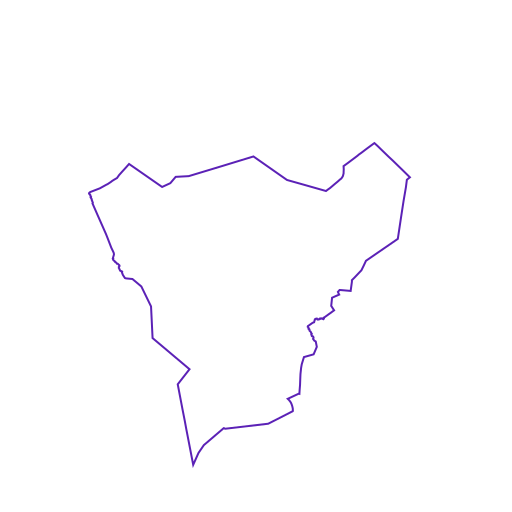 the district of Holtålen nor, Sør-Trøndelag, Norway, rotated 325°
{"feature_id": "86288312B65745471966188", "entity_name": "Holtålen nor", "entity_type": "district", "adm_level": 2, "iso_a3": "NOR", "parent_name": "Norway", "parent_adm1": "Sør-Trøndelag", "projection": "orthographic", "projection_center": [11.18, 62.863], "detail": "fine", "context": "isolated", "style": "outline", "palette": "violet", "viewbox_px": 512, "rotation_deg": 325, "n_neighbors": 0, "source": "geoboundaries", "source_scale": "gbopen_adm2", "svg_char_len": 4554}
<svg xmlns="http://www.w3.org/2000/svg" viewBox="0 0 512 512"><g transform="rotate(325 256 256)"><path d="M246.7,152.0L235.6,145.1L227.6,147.2L218.7,145.6L204.8,107.8L200.7,108.8L194.9,110.1L190.2,111.2L188.3,111.9L187.4,112.2L186.9,112.4L183.4,112.1L183.1,112.1L181.4,112.0L179.5,112.1L175.5,112.0L174.6,111.8L166.9,111.0L157.2,108.6L156.4,108.5L155.9,108.6L155.5,108.7L155.2,108.8L155.1,109.0L155.0,109.3L155.0,109.5L155.1,109.8L155.1,110.0L155.3,110.3L155.2,110.6L155.3,110.7L155.3,110.8L155.2,111.3L155.0,111.5L155.0,111.8L154.8,112.1L154.7,112.2L154.7,112.3L154.7,112.5L154.8,112.7L154.8,112.8L154.8,113.0L154.5,113.2L154.3,113.4L154.1,113.4L154.1,113.7L154.2,113.8L154.1,114.0L154.1,114.3L154.0,114.5L154.1,114.8L154.1,115.0L154.0,115.3L153.8,115.6L153.6,115.8L153.6,116.1L153.5,116.4L153.5,116.5L153.4,116.9L153.4,117.0L153.3,117.3L153.1,117.5L153.1,118.0L153.0,118.5L152.9,118.8L152.7,119.0L152.2,119.2L149.8,131.2L149.7,131.7L145.7,152.0L144.7,156.2L142.2,166.3L141.5,170.6L141.2,171.9L141.2,172.0L141.0,172.4L140.5,173.3L140.0,173.7L138.9,174.6L137.9,175.4L137.7,175.6L137.6,175.9L137.6,176.0L137.2,176.0L137.1,176.3L137.0,176.5L136.9,177.0L136.8,177.4L136.9,177.6L136.9,177.8L137.0,178.4L137.0,178.5L137.1,178.9L137.2,179.0L137.3,179.5L137.4,179.9L137.3,180.1L137.2,180.3L137.3,180.4L137.7,181.3L137.7,181.6L137.7,181.9L137.7,182.3L137.8,182.3L138.0,182.7L138.3,183.1L138.6,184.6L138.7,184.9L138.5,185.1L138.4,185.4L138.4,185.5L138.6,185.6L138.6,185.8L138.4,186.0L138.0,186.1L137.7,186.2L137.3,186.3L137.2,186.5L137.0,186.9L136.8,187.1L136.9,187.5L136.8,187.8L136.7,188.0L136.6,188.4L136.6,188.5L136.5,188.8L136.5,189.2L136.3,190.0L136.4,190.4L136.6,190.6L136.8,190.8L137.0,191.3L137.2,191.5L137.4,191.8L137.4,192.1L137.2,192.2L136.8,192.4L136.6,192.8L136.6,193.1L136.6,193.6L136.4,193.9L136.3,194.2L136.1,195.2L136.0,198.2L136.0,198.9L136.4,199.4L136.7,199.8L141.6,204.0L144.6,215.2L141.1,237.1L133.6,249.0L124.2,263.9L136.6,310.6L118.3,316.2L108.0,339.1L103.0,350.4L99.7,357.6L97.3,363.0L84.8,391.0L96.0,384.3L104.8,381.0L130.8,378.5L131.0,378.7L131.2,378.9L131.3,379.3L131.5,379.6L131.8,379.9L169.8,400.4L197.1,404.2L197.4,404.0L198.7,401.9L199.6,399.7L200.2,397.6L200.5,396.0L200.5,394.6L200.4,392.7L200.1,391.2L212.1,393.3L212.5,393.8L214.8,390.9L218.1,386.9L222.8,380.7L224.8,378.1L226.9,375.7L228.7,373.6L231.4,370.9L237.3,366.3L241.6,367.8L246.8,369.6L249.7,367.8L253.7,365.3L255.2,361.9L255.9,360.3L255.2,358.7L255.2,356.6L255.9,356.3L256.0,356.2L256.4,355.7L256.4,355.4L256.5,355.2L256.6,354.8L256.6,354.7L256.3,354.3L256.3,354.2L256.0,353.9L255.9,353.8L256.0,353.6L255.9,353.4L256.1,353.0L256.1,352.9L256.2,352.7L256.2,352.3L256.2,352.1L256.3,352.0L256.5,352.0L256.8,351.9L257.1,351.7L257.1,351.4L257.1,351.2L257.0,350.8L257.1,350.7L257.2,350.4L257.2,350.1L257.3,349.8L257.3,349.4L257.3,349.1L257.1,348.6L257.0,348.0L257.0,347.8L257.1,347.7L257.3,347.3L257.6,347.0L257.7,346.8L257.7,346.5L257.6,346.3L257.6,346.2L257.4,346.2L257.2,345.9L257.2,345.7L257.3,345.6L257.7,345.4L257.8,345.3L257.8,345.2L257.8,344.9L257.8,344.7L257.8,344.4L257.8,344.1L257.9,343.9L257.8,343.6L258.2,343.3L258.3,343.2L264.1,343.2L265.6,343.6L267.8,341.7L268.0,341.8L268.1,341.7L268.3,341.8L268.5,341.7L268.8,341.7L269.0,341.7L269.3,341.9L269.5,341.9L269.6,342.0L269.7,342.3L269.9,342.3L269.9,342.5L269.9,342.9L270.0,342.9L270.0,343.0L270.2,343.3L270.3,343.4L270.3,343.6L270.5,343.7L270.8,343.8L271.0,343.8L271.1,344.0L271.3,344.0L271.5,344.1L271.7,343.9L271.8,343.9L271.8,344.0L272.2,344.1L272.4,344.2L272.6,344.2L272.8,344.1L273.0,344.5L273.7,344.5L273.8,344.6L274.0,344.8L274.0,345.0L274.3,345.4L274.3,345.5L274.6,345.8L274.8,346.1L274.9,346.4L275.0,346.4L275.3,346.3L275.5,346.3L275.8,346.2L276.0,345.9L276.1,345.7L276.1,345.4L276.5,345.4L276.6,345.5L288.8,345.3L289.0,340.0L294.4,333.8L301.9,335.3L301.9,335.1L302.1,334.6L302.5,332.4L305.0,331.8L306.6,333.1L313.5,338.9L319.8,332.1L320.7,330.8L324.2,330.2L332.0,328.6L334.1,328.2L338.3,325.9L342.3,323.6L343.3,323.0L382.0,323.3L397.2,307.3L408.4,295.6L418.2,285.7L423.3,280.1L424.1,280.0L427.2,279.8L425.4,270.1L424.1,263.3L422.8,256.4L421.6,250.8L419.7,240.9L418.8,236.1L418.0,232.4L417.7,231.4L409.3,231.6L406.1,231.7L404.0,231.8L401.1,231.9L398.5,231.9L396.6,232.1L384.7,232.5L379.3,232.6L377.6,235.3L375.9,237.5L375.2,238.5L374.4,239.2L373.8,239.7L373.3,240.2L371.7,241.0L371.0,241.2L370.5,241.4L369.9,241.5L368.9,241.5L365.6,241.9L361.9,242.2L355.6,242.8L352.9,242.8L350.6,242.9L336.6,225.7L325.0,211.5L311.0,173.0L279.6,162.8L246.7,152.0Z" fill="none" stroke="#5b21b6" stroke-width="2"/></g></svg>